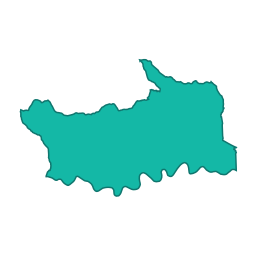 outline of Turburea, Gorj, Romania, rotated 262°
{"feature_id": "2599482B10201715191375", "entity_name": "Turburea", "entity_type": "district", "adm_level": 2, "iso_a3": "ROU", "parent_name": "Romania", "parent_adm1": "Gorj", "projection": "equal_earth", "projection_center": [23.554, 44.693], "detail": "fine", "context": "isolated", "style": "filled", "palette": "teal", "viewbox_px": 256, "rotation_deg": 262, "n_neighbors": 0, "source": "geoboundaries", "source_scale": "gbopen_adm2", "svg_char_len": 5829}
<svg xmlns="http://www.w3.org/2000/svg" viewBox="0 0 256 256"><g transform="rotate(262 128 128)"><path d="M191.3,159.2L191.4,157.5L191.6,156.9L193.0,155.4L193.3,154.4L193.5,152.9L193.4,152.0L193.4,150.3L193.8,149.1L193.5,149.2L192.9,149.2L193.2,149.5L192.3,150.0L192.2,150.2L191.6,150.4L191.3,150.7L191.2,151.0L189.7,151.6L188.8,151.7L186.9,151.6L185.9,151.9L184.5,152.0L183.6,152.4L182.4,153.3L181.8,153.5L175.3,154.3L173.0,155.0L172.7,155.2L171.2,157.6L170.5,158.2L170.4,158.7L169.5,160.0L168.4,161.2L167.2,161.5L165.2,162.8L164.2,163.9L163.5,164.2L163.0,165.0L162.5,165.3L161.5,165.2L159.6,164.5L159.7,164.1L160.2,163.7L160.4,163.3L160.4,162.9L160.1,162.4L160.1,161.9L160.8,161.9L161.2,161.6L161.2,161.4L160.9,161.4L160.9,161.1L161.0,160.7L161.3,160.3L161.3,158.8L162.0,158.4L162.1,158.2L162.0,157.8L162.7,157.0L162.6,155.5L162.5,155.3L161.9,155.6L161.7,155.6L158.4,154.0L156.7,153.4L155.0,151.4L154.5,151.6L153.9,152.3L153.5,152.4L153.5,151.4L153.0,150.2L153.2,149.0L153.7,148.2L153.5,147.2L153.6,146.6L153.4,146.1L153.6,145.7L153.2,145.0L153.4,144.6L153.2,144.2L153.3,143.8L153.1,142.9L153.2,142.3L153.6,141.4L153.1,140.5L153.2,140.2L149.9,137.4L149.0,136.2L147.4,135.2L147.0,133.9L147.0,131.8L146.8,131.3L146.5,129.9L146.7,128.1L147.0,126.9L147.0,125.6L146.6,124.4L146.7,123.4L146.4,122.8L146.4,121.3L147.3,120.6L148.9,120.2L150.7,119.2L152.2,118.6L153.4,117.8L153.8,117.4L154.1,116.4L153.6,114.8L154.4,113.0L154.0,110.9L153.8,109.3L153.0,107.5L152.5,106.8L152.1,105.2L149.5,102.6L148.7,102.1L148.1,100.8L148.0,100.2L148.2,99.6L148.0,98.4L147.0,97.0L147.1,96.3L147.3,96.1L147.3,94.9L147.0,94.2L146.4,93.6L147.3,90.5L147.0,88.4L147.0,87.9L147.5,87.1L148.5,86.5L149.0,85.4L149.1,84.7L149.1,83.3L149.3,82.4L149.2,81.7L149.3,80.9L149.5,80.3L150.0,79.4L150.2,78.8L150.1,78.0L149.4,76.5L149.0,74.6L148.5,70.0L149.4,66.9L149.7,66.3L151.8,64.4L152.9,61.3L153.3,59.6L154.6,58.1L155.8,57.4L160.1,56.0L161.3,55.4L164.5,54.4L166.7,52.6L166.3,51.7L166.2,50.7L166.4,49.5L165.2,47.0L165.1,46.3L165.3,45.8L166.5,45.2L167.1,44.6L168.4,42.3L168.8,40.5L168.7,39.7L168.5,39.0L167.4,37.8L166.3,37.0L164.6,35.9L162.1,33.4L160.8,32.6L159.7,32.2L159.3,31.9L159.3,31.2L159.7,30.2L159.8,28.4L159.4,26.9L160.9,24.4L160.1,24.2L159.0,23.7L157.9,24.0L154.3,23.5L153.0,23.9L151.6,23.8L150.6,24.0L150.2,24.2L149.4,24.2L147.6,24.7L145.2,27.2L144.7,27.4L143.6,28.3L142.4,28.4L140.7,29.9L140.0,31.0L138.5,31.6L137.9,32.6L137.0,32.9L135.5,35.1L134.9,36.3L134.5,36.8L134.4,36.8L133.8,37.6L133.6,38.0L133.6,39.1L132.8,39.6L132.1,40.5L130.7,40.8L128.5,40.7L127.0,41.8L124.5,42.5L122.1,43.9L119.6,45.8L118.4,46.2L113.0,45.8L110.3,45.4L109.7,45.2L107.9,45.6L107.1,45.5L105.5,45.8L104.7,46.3L104.0,46.6L102.8,46.4L101.9,46.5L99.8,46.1L98.5,45.7L98.4,45.5L96.9,44.9L96.9,44.7L97.1,44.6L97.1,44.0L96.3,43.2L95.6,42.2L91.7,40.2L91.2,40.2L91.1,41.7L89.5,45.1L88.9,46.2L86.9,48.3L86.3,49.4L86.2,50.4L86.8,51.8L86.9,52.8L86.5,54.3L85.7,55.0L83.9,55.9L82.0,57.2L80.3,59.2L79.6,60.5L79.6,61.1L80.0,62.3L82.1,65.8L82.8,66.8L84.0,67.9L87.1,70.0L87.2,71.4L86.7,72.2L81.9,77.6L81.3,79.1L80.8,80.8L79.6,82.3L77.9,83.8L77.2,84.2L75.4,84.9L73.0,85.4L71.9,85.8L70.4,86.8L69.7,87.8L69.6,88.7L69.8,90.1L71.9,94.5L72.1,96.1L72.2,97.8L72.1,99.5L71.9,100.9L71.2,103.4L70.9,103.9L69.7,104.8L68.3,105.3L65.2,105.1L63.9,105.2L62.8,106.0L62.2,107.1L62.2,109.4L63.3,110.8L64.7,111.9L69.2,114.2L70.1,115.3L70.4,116.3L70.5,117.0L70.2,118.1L67.0,122.8L66.4,124.2L66.2,125.1L66.1,126.7L66.2,128.2L66.6,129.4L66.9,130.0L68.3,131.2L70.1,132.2L71.7,132.3L73.7,132.1L76.1,132.1L78.7,132.6L79.6,133.1L80.5,133.9L81.1,134.8L81.5,135.8L81.6,136.6L81.4,137.6L80.5,139.0L79.7,139.9L75.0,144.0L72.0,146.1L71.6,146.6L70.9,148.5L70.9,151.6L71.3,152.4L72.2,153.4L74.3,154.5L76.5,154.9L79.8,154.7L80.5,155.1L82.0,156.2L82.0,157.9L81.9,158.4L81.2,159.2L79.4,160.1L76.0,160.7L75.5,160.9L74.4,162.5L74.1,163.5L74.1,164.2L74.2,164.7L75.3,166.3L80.9,171.2L83.6,174.1L84.5,175.3L85.4,177.0L85.8,178.5L85.8,179.4L85.0,180.8L83.8,181.7L82.6,182.2L80.1,182.5L75.6,182.4L74.6,182.6L74.1,183.1L73.9,183.7L74.0,186.0L74.7,188.6L75.4,190.0L77.9,193.1L78.6,193.8L79.2,194.9L79.4,196.2L79.2,197.2L78.3,198.1L75.5,199.9L73.7,202.0L72.9,203.4L72.7,205.0L72.9,206.4L72.8,209.1L71.7,210.7L69.4,213.4L68.6,216.0L68.4,217.6L68.5,218.7L68.9,219.6L70.3,221.7L70.6,222.5L72.1,224.6L72.4,225.5L72.2,227.3L71.8,228.0L70.9,229.3L86.7,231.0L87.2,230.9L87.6,231.2L88.2,231.2L88.4,231.6L88.7,231.8L90.0,231.4L90.2,231.1L90.8,231.4L91.8,230.5L92.0,230.0L92.1,229.9L92.6,230.2L93.5,230.3L93.5,231.4L93.2,231.9L93.7,232.5L94.7,230.8L96.5,228.2L99.0,224.8L99.4,224.3L102.6,220.1L104.4,220.4L104.6,220.7L106.9,220.6L116.8,221.6L118.2,221.8L119.4,222.3L126.0,222.1L126.1,221.6L128.3,221.7L128.4,221.8L128.4,222.1L130.3,222.8L130.4,223.0L130.2,223.4L131.0,224.0L131.3,224.3L131.6,224.2L132.7,224.8L133.7,224.9L133.8,225.0L133.8,225.5L134.4,225.8L135.0,225.2L135.5,225.1L138.5,225.9L139.9,225.9L142.7,226.3L145.8,225.4L146.3,225.5L147.0,224.9L147.7,224.1L149.5,223.1L152.7,221.7L154.4,221.4L155.0,221.2L157.0,221.4L158.8,219.7L159.1,219.2L159.4,219.0L160.5,218.1L160.9,217.9L160.8,217.6L162.3,216.7L161.6,216.2L161.3,215.6L161.4,214.8L162.3,213.2L162.6,212.2L162.3,210.6L161.7,209.7L161.5,209.0L161.5,207.8L161.9,206.1L162.0,204.9L162.6,203.9L163.6,202.8L164.9,202.4L165.4,201.2L165.0,200.3L164.8,199.5L164.4,198.8L163.2,197.8L163.1,197.4L163.2,196.1L163.6,195.4L163.9,195.1L164.1,194.6L164.0,194.4L164.3,193.7L164.2,193.3L163.9,192.9L163.7,191.1L164.1,189.3L165.2,187.9L166.5,186.6L166.6,186.2L166.3,185.4L166.5,185.0L166.8,183.8L167.0,182.4L167.7,181.6L169.4,180.4L170.1,179.5L171.3,178.9L172.3,178.0L172.9,176.8L172.7,175.6L172.8,174.6L172.9,174.2L173.4,173.4L173.2,172.4L177.9,167.5L178.9,166.7L181.1,165.8L185.5,161.9L187.4,160.4L188.0,160.2L189.1,160.3L190.0,160.2L191.3,159.2Z" fill="#14b8a6" stroke="#0f766e" stroke-width="1.5"/></g></svg>